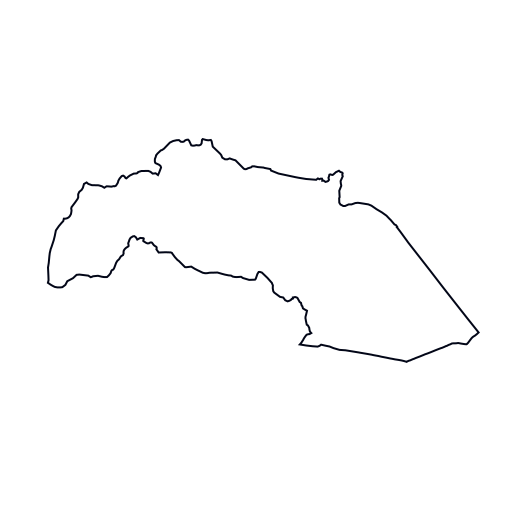 Hulu Sungai Selatan, Kalimantan Selatan, Indonesia, rotated 172°
{"feature_id": "22746128B37889128386884", "entity_name": "Hulu Sungai Selatan", "entity_type": "district", "adm_level": 2, "iso_a3": "IDN", "parent_name": "Indonesia", "parent_adm1": "Kalimantan Selatan", "projection": "albers", "projection_center": [115.26, -2.718], "detail": "fine", "context": "isolated", "style": "outline", "palette": "ink", "viewbox_px": 512, "rotation_deg": 172, "n_neighbors": 0, "source": "geoboundaries", "source_scale": "gbopen_adm2", "svg_char_len": 5952}
<svg xmlns="http://www.w3.org/2000/svg" viewBox="0 0 512 512"><g transform="rotate(172 256 256)"><path d="M441.1,319.7L442.0,317.4L444.1,315.7L447.1,313.0L450.6,309.2L452.5,303.8L454.1,299.8L457.1,293.7L458.4,291.3L458.7,290.5L459.8,287.7L460.6,284.7L462.2,278.0L463.5,273.7L463.5,274.2L464.3,265.6L464.8,260.9L465.8,258.4L465.1,257.8L463.6,256.4L461.6,254.8L459.6,253.4L456.9,252.5L453.8,252.1L452.1,252.1L448.8,253.9L446.4,257.3L440.3,259.5L436.3,262.3L433.5,262.2L424.8,259.9L422.6,258.0L420.7,258.4L420.2,258.6L417.7,258.5L415.2,258.4L411.5,256.9L409.4,256.3L408.0,256.1L406.4,255.9L404.3,257.4L402.4,259.2L401.3,261.4L400.5,262.1L399.3,262.4L398.4,263.4L397.9,264.2L395.4,268.8L393.9,270.6L392.1,271.8L389.9,274.4L388.6,275.0L387.5,275.5L386.7,277.1L386.7,277.3L386.7,278.2L386.3,279.5L385.7,280.4L384.8,281.3L383.8,282.0L382.9,282.5L381.6,283.0L380.8,283.6L380.8,283.8L380.7,284.1L380.7,284.8L380.8,286.4L379.9,288.0L378.9,290.0L377.6,291.5L375.1,292.6L373.7,292.6L372.3,291.2L371.3,288.8L368.1,290.0L366.8,289.7L365.3,289.4L364.9,289.2L364.7,288.7L364.9,288.3L365.5,286.9L365.5,286.4L362.7,284.1L361.4,283.5L360.2,283.5L359.7,283.8L359.4,283.9L358.6,284.1L357.5,283.9L357.1,283.6L355.7,281.0L354.6,279.9L353.4,278.9L353.2,278.1L353.3,277.4L353.5,277.0L353.7,276.5L351.9,273.0L345.0,272.3L339.9,271.4L338.9,270.8L338.9,270.7L336.5,266.2L334.4,263.1L332.9,261.6L327.9,254.9L326.7,254.6L321.6,254.5L318.5,251.9L315.8,250.0L314.1,248.9L311.0,246.8L308.7,246.0L306.6,245.8L304.2,245.9L301.1,245.5L296.5,245.0L292.0,243.0L289.4,241.9L287.7,241.3L285.7,240.6L284.3,240.3L283.3,240.0L282.2,239.1L282.0,238.9L280.0,238.2L278.1,237.8L273.7,237.5L272.0,236.0L266.1,233.3L260.3,232.7L259.4,233.5L257.1,238.0L255.6,239.8L254.4,239.7L252.5,238.8L247.7,232.7L244.0,227.1L243.9,226.4L243.4,224.7L243.4,224.3L243.7,223.0L243.9,221.4L243.8,218.7L243.1,217.3L242.0,216.2L237.9,212.2L237.3,212.0L234.8,211.1L233.2,208.1L231.0,206.7L229.3,207.0L227.6,207.6L226.6,208.6L225.6,208.5L225.2,208.9L225.2,209.8L224.9,209.8L224.4,209.8L223.8,209.9L222.9,209.9L222.2,209.6L221.6,209.3L221.3,209.1L220.8,208.7L219.1,204.3L218.0,203.4L217.7,200.6L217.1,199.8L216.8,197.6L215.3,196.3L213.2,194.8L213.1,194.7L214.5,191.1L215.4,189.0L215.7,187.5L215.6,186.4L215.6,184.9L215.3,180.9L214.3,180.1L213.9,179.1L213.3,177.5L213.3,175.5L213.1,173.7L212.3,172.4L212.0,172.0L212.9,171.6L214.1,171.2L215.1,171.3L216.8,171.0L217.6,170.3L218.8,169.1L219.6,168.2L220.2,167.5L221.0,166.3L221.9,165.3L223.0,164.0L223.7,163.3L224.9,162.3L218.8,160.4L212.7,158.8L207.6,157.7L205.9,158.1L204.9,158.5L204.0,159.1L203.8,159.1L199.9,157.6L195.7,156.1L192.1,154.0L186.3,151.4L180.6,150.2L167.4,146.1L167.2,146.0L159.3,143.5L158.4,143.2L155.3,142.2L153.5,141.5L151.4,140.8L148.6,139.9L145.8,138.8L141.1,137.2L137.5,135.9L135.3,135.2L132.8,134.3L130.1,133.5L128.8,133.1L126.4,132.3L124.1,131.4L121.9,130.4L121.5,130.5L121.4,130.3L120.4,130.7L119.6,130.9L119.3,131.0L117.8,131.2L116.1,131.7L114.6,132.1L113.4,132.3L112.6,132.6L111.3,132.9L109.5,133.3L107.7,133.7L105.4,134.3L104.2,134.6L102.4,135.1L99.8,135.6L96.8,136.3L94.4,136.9L91.7,137.6L88.8,138.3L87.0,138.7L85.7,139.0L84.4,139.2L83.3,139.5L81.8,139.9L80.7,140.3L79.7,140.4L78.6,140.8L77.4,141.2L76.3,141.4L75.0,141.8L74.2,142.1L73.5,142.1L72.4,142.0L69.9,141.7L67.9,141.7L67.0,141.4L65.3,140.8L62.0,139.8L60.0,139.3L59.2,139.6L59.1,139.8L58.6,140.1L58.3,140.3L58.0,140.6L57.0,141.6L56.2,142.4L54.6,144.0L54.1,144.5L52.8,145.5L52.2,145.8L52.3,145.8L50.0,146.8L48.9,147.5L48.5,147.7L46.2,149.3L55.3,164.7L63.1,178.1L74.7,198.1L76.7,201.6L85.5,217.1L103.6,248.5L104.1,249.5L109.7,260.0L112.3,264.6L112.5,264.9L112.1,265.2L113.0,267.0L114.5,268.0L117.6,272.9L118.7,274.3L121.2,277.8L125.3,281.7L130.3,285.7L130.8,286.2L134.7,289.8L137.6,291.5L145.5,293.9L147.7,294.5L150.3,294.6L154.2,293.8L157.0,294.2L160.9,293.1L162.7,293.4L164.3,294.6L165.2,295.2L166.1,297.2L165.6,301.7L165.0,302.6L164.5,308.5L164.5,308.8L164.4,309.1L161.8,313.6L161.8,314.9L161.9,315.8L161.9,316.1L161.8,318.4L159.0,322.9L159.1,323.5L159.3,324.2L159.1,324.9L158.7,325.5L158.8,326.3L159.2,326.7L160.8,327.5L162.0,328.9L165.2,327.9L168.0,326.0L168.8,325.6L169.6,325.8L171.1,326.5L172.0,326.3L172.6,324.8L172.9,324.1L173.3,323.6L173.3,322.6L173.1,321.3L174.2,320.2L175.3,319.9L176.9,319.7L178.6,321.3L179.9,321.3L179.7,322.5L179.9,323.4L181.3,323.6L182.6,323.2L183.9,324.2L185.8,323.1L195.7,325.3L203.1,327.6L206.3,328.7L222.2,334.5L229.2,338.5L229.7,340.1L235.5,342.1L236.1,342.5L241.8,343.8L245.4,345.1L247.3,345.3L248.5,344.5L252.3,343.9L253.0,343.5L253.9,343.4L254.8,343.5L255.9,344.1L263.0,353.6L265.0,354.5L267.4,355.7L268.4,356.3L271.0,355.7L273.3,356.1L275.7,358.1L276.4,360.8L277.3,362.3L283.6,370.3L284.0,375.9L284.6,377.2L287.1,377.2L289.2,377.8L292.5,379.2L293.3,378.5L294.2,375.1L295.3,373.9L296.6,373.5L297.9,373.6L299.6,374.1L301.6,373.9L303.1,374.0L304.7,374.6L306.2,379.5L307.1,380.7L308.8,380.7L310.2,380.3L311.2,379.5L312.5,379.2L314.5,379.6L316.2,381.5L318.6,381.7L322.1,381.4L325.5,380.3L332.3,375.0L334.4,374.0L335.6,373.8L339.5,371.0L340.4,370.0L340.9,369.7L341.4,368.3L342.6,366.2L343.0,364.0L342.9,362.8L342.9,362.5L342.5,361.9L339.8,360.2L339.6,360.1L338.2,358.7L337.9,358.0L337.7,356.8L340.6,351.6L341.8,349.8L343.9,351.9L345.6,351.9L346.9,352.0L348.7,354.0L350.7,355.2L353.6,355.6L357.7,356.1L359.5,355.8L361.0,355.5L361.4,355.3L361.7,354.8L361.8,354.7L362.8,354.4L365.6,354.6L369.6,353.3L371.6,352.2L373.4,351.0L373.6,350.9L374.3,351.3L374.4,351.5L375.2,353.1L376.4,354.1L377.9,353.8L380.3,351.7L381.9,349.6L382.2,348.7L382.9,347.4L384.9,345.1L386.3,344.7L387.0,345.0L389.6,344.8L392.1,345.4L394.3,345.8L396.7,344.7L398.9,346.5L402.0,347.9L408.7,349.0L412.0,350.7L413.5,352.4L416.3,351.3L417.9,347.7L419.4,345.8L422.1,344.1L423.5,341.9L423.9,338.8L424.7,337.4L427.7,334.2L431.9,330.0L432.4,328.6L432.3,327.0L432.7,325.4L433.4,323.3L434.8,321.4L436.2,320.3L437.7,319.7L439.4,319.5L441.1,319.7Z" fill="none" stroke="#020617" stroke-width="2"/></g></svg>